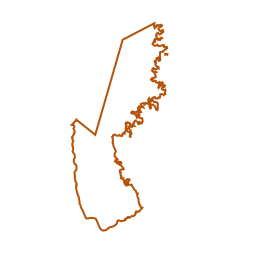 West Makira, Makira, Solomon Islands (orthographic projection), rotated 237°
{"feature_id": "97153195B7459502303210", "entity_name": "West Makira", "entity_type": "district", "adm_level": 2, "iso_a3": "SLB", "parent_name": "Solomon Islands", "parent_adm1": "Makira", "projection": "orthographic", "projection_center": [161.497, -10.428], "detail": "fine", "context": "isolated", "style": "outline", "palette": "amber", "viewbox_px": 256, "rotation_deg": 237, "n_neighbors": 0, "source": "geoboundaries", "source_scale": "gbopen_adm2", "svg_char_len": 5955}
<svg xmlns="http://www.w3.org/2000/svg" viewBox="0 0 256 256"><g transform="rotate(237 128 128)"><path d="M204.9,171.6L140.1,96.8L163.2,89.2L162.3,88.3L162.5,86.9L161.8,85.6L161.3,82.5L159.8,84.0L158.3,83.7L157.2,81.9L153.9,81.4L153.3,80.7L153.1,79.7L152.3,79.6L150.9,76.1L150.1,76.2L149.4,75.3L147.0,75.1L144.9,72.5L143.9,72.3L143.2,71.4L142.1,71.5L140.2,70.7L138.5,68.7L134.2,68.6L132.1,67.4L131.2,65.4L129.6,64.4L127.0,63.7L125.2,64.4L123.2,63.5L121.1,62.0L120.4,59.5L119.5,58.7L116.1,57.1L115.8,56.5L111.5,54.8L109.2,54.6L108.6,54.1L108.4,53.3L107.2,53.3L106.7,52.2L105.8,51.7L100.9,49.9L97.1,49.1L92.5,47.2L90.9,46.1L89.2,46.2L87.2,45.3L83.7,45.1L75.5,43.6L74.9,43.8L74.1,45.0L72.7,48.3L70.6,50.8L69.3,51.6L59.0,49.9L57.0,50.2L55.4,51.3L54.3,54.1L54.8,57.8L53.5,62.3L53.5,65.1L54.0,66.6L55.8,68.5L55.7,69.7L53.6,71.5L52.2,75.1L52.2,75.5L53.2,75.9L52.8,77.0L53.2,77.7L52.6,78.7L53.4,79.4L53.0,80.1L52.0,80.4L52.1,83.5L51.3,84.2L51.1,85.0L51.4,86.9L52.3,87.4L52.2,88.1L53.3,88.6L53.6,89.2L53.2,90.1L52.5,90.3L51.9,91.2L53.3,96.6L55.3,95.6L56.7,96.2L57.4,95.9L59.4,96.3L62.8,98.2L64.7,98.4L67.2,99.4L67.6,100.6L69.2,99.8L71.0,100.3L72.3,99.8L75.5,100.0L77.1,99.7L78.3,100.2L78.7,100.1L78.9,99.1L79.7,98.5L80.8,95.1L83.5,94.9L85.7,95.9L87.3,95.9L88.4,96.7L88.7,95.5L89.8,94.6L90.6,95.2L90.9,96.3L92.9,96.3L93.8,96.6L94.5,97.8L95.4,97.1L96.8,97.9L97.0,98.8L96.4,101.1L95.8,101.4L96.0,102.1L100.5,101.9L101.1,101.2L102.5,100.7L103.1,101.5L102.3,102.4L102.2,103.3L103.2,103.6L103.9,103.0L103.9,102.1L104.5,102.0L103.3,100.4L104.5,99.7L105.2,101.8L105.4,100.5L105.9,100.5L105.8,99.9L107.1,98.8L108.0,100.4L107.7,102.2L111.6,101.3L113.2,102.4L115.1,105.1L121.3,106.1L123.0,107.2L124.3,107.0L125.0,108.1L127.6,109.5L129.2,109.8L129.1,110.6L130.0,111.3L129.9,113.2L127.7,114.3L126.7,115.9L126.8,116.9L125.4,117.5L125.3,118.8L124.5,118.9L124.7,119.4L126.2,120.3L126.3,121.7L125.1,122.2L126.5,123.4L126.5,124.9L123.6,127.1L121.9,127.1L121.2,127.6L121.6,128.0L123.5,128.0L124.6,129.0L125.6,128.6L127.4,128.7L128.0,128.3L127.1,125.6L127.9,125.2L130.2,127.0L130.5,128.0L131.3,127.8L132.1,128.4L132.8,128.2L133.4,128.9L132.9,129.6L133.3,129.8L133.2,130.4L132.6,131.1L132.0,130.9L130.9,132.2L129.1,131.9L129.6,131.2L128.6,129.9L127.9,131.1L127.4,131.1L127.2,131.8L126.7,131.9L127.4,133.1L126.3,134.4L128.8,134.3L129.1,135.2L128.9,136.0L129.9,136.7L130.3,138.2L127.6,139.4L126.3,138.8L125.4,139.0L125.1,140.0L126.6,141.0L124.5,142.2L125.3,142.8L125.4,143.8L128.4,145.2L129.6,143.7L131.0,142.9L132.1,143.9L132.2,144.5L133.4,144.8L133.4,143.7L132.9,143.4L131.9,141.1L133.6,141.6L133.6,142.1L135.1,142.3L135.1,141.4L136.7,140.9L138.1,139.0L139.2,139.1L139.6,140.1L139.3,141.0L137.3,142.5L136.8,144.4L137.6,146.9L139.3,147.1L139.9,148.8L137.6,148.6L138.3,149.0L138.6,150.0L138.2,151.0L136.8,152.1L138.0,152.3L139.1,150.4L141.1,151.9L140.6,154.2L139.2,154.6L139.7,154.9L139.6,156.1L138.8,156.1L138.6,157.3L137.4,158.1L137.9,158.5L138.4,160.5L139.0,159.7L139.6,159.7L140.7,160.4L141.1,161.3L140.6,161.2L140.9,161.7L140.3,161.5L139.0,163.0L139.9,164.5L139.7,166.9L139.1,167.4L138.5,167.0L137.9,167.1L137.1,168.6L136.8,168.6L136.9,169.6L136.3,170.2L136.9,171.2L136.4,171.6L138.7,173.6L137.2,175.8L136.0,176.0L136.5,177.2L136.2,177.8L137.3,178.0L138.9,179.8L139.7,180.1L139.6,179.5L140.4,178.5L141.4,177.9L142.0,178.2L142.4,177.7L143.1,178.4L142.7,180.9L143.9,181.3L146.4,178.0L145.5,177.4L145.6,176.5L145.0,175.4L145.5,175.4L146.2,177.0L146.8,177.0L147.6,178.0L147.6,178.7L148.0,178.7L147.9,179.5L146.8,180.0L146.3,181.0L146.6,181.7L147.4,181.9L148.6,179.6L149.5,179.3L149.3,178.0L150.4,176.8L151.2,176.5L152.5,176.9L153.1,176.2L152.9,175.5L153.5,174.4L154.3,174.0L155.2,174.3L156.1,173.6L156.7,175.3L156.5,175.8L155.5,175.7L156.0,177.1L155.6,179.0L157.6,180.0L160.3,180.1L159.6,182.1L160.2,181.9L161.0,180.2L161.8,179.6L163.3,179.5L163.8,180.4L163.7,181.2L164.5,181.4L164.3,182.0L162.8,182.2L162.0,184.2L162.0,185.5L161.2,186.2L162.7,186.8L164.2,185.6L165.8,185.3L166.5,185.7L167.0,186.7L168.5,186.2L169.6,186.8L169.5,187.7L168.9,187.9L171.0,190.3L170.4,191.2L170.6,192.4L169.7,192.2L169.2,190.7L167.4,190.5L167.2,191.7L167.6,192.3L168.3,192.1L169.7,193.5L171.2,194.0L172.0,194.9L174.0,195.9L174.0,196.7L173.0,198.6L173.6,199.2L173.3,200.5L173.8,202.2L173.4,203.5L173.7,204.3L174.9,204.7L175.7,203.0L176.4,202.9L176.6,202.3L177.7,202.4L178.0,203.1L178.9,202.2L178.8,201.3L179.5,198.9L180.7,197.9L181.8,198.2L182.2,195.2L185.0,194.3L186.0,195.9L185.5,196.7L185.5,198.0L186.1,198.2L186.9,197.4L188.0,198.9L187.4,200.3L185.6,201.2L185.1,202.8L184.4,202.8L185.0,204.5L185.5,204.3L185.8,202.7L186.6,201.3L189.8,201.5L189.9,202.2L191.2,202.8L191.6,204.1L191.4,205.1L189.5,205.2L189.1,205.9L189.0,206.9L189.8,207.9L189.2,208.7L189.3,209.7L190.7,210.7L191.4,210.4L191.4,208.6L191.8,207.9L194.3,207.4L195.0,207.9L195.3,208.8L194.9,211.1L195.4,212.4L196.7,211.8L197.5,209.3L198.4,208.6L198.4,207.5L197.7,207.4L197.5,206.3L197.8,206.0L197.3,205.8L197.2,204.8L200.3,205.6L200.9,206.9L201.5,207.3L204.9,171.6ZM138.1,163.3L137.6,160.6L136.6,159.4L136.3,158.3L135.1,158.4L134.3,157.6L132.4,157.2L132.0,157.7L132.7,158.5L135.0,159.0L135.0,160.6L134.1,161.1L133.9,161.8L131.2,162.3L128.0,161.7L127.0,162.4L128.6,164.1L130.5,164.8L130.9,165.5L132.8,166.5L134.4,165.7L135.6,164.0L137.8,164.0L138.1,163.3ZM85.4,100.0L85.2,98.2L84.7,98.1L83.7,96.5L82.9,97.6L82.3,96.3L81.7,97.9L83.0,99.4L83.3,100.8L84.0,101.2L85.4,100.0ZM135.9,144.9L135.2,144.8L134.0,148.4L135.4,146.3L135.9,144.9ZM169.9,199.7L169.1,199.2L168.9,200.4L169.3,200.5L169.9,199.7ZM136.9,147.6L136.1,147.0L135.7,147.4L135.9,147.6L136.9,147.6ZM144.2,181.7L143.5,181.7L143.5,182.1L144.0,182.1L144.2,181.7ZM185.5,205.3L185.1,204.9L184.9,205.6L185.2,205.6L185.5,205.3ZM121.8,126.4L121.0,126.0L120.7,126.2L121.3,126.6L121.8,126.4ZM85.5,97.8L85.6,96.8L85.3,97.3L85.5,97.8ZM120.1,125.0L119.7,124.8L119.4,125.2L119.9,125.3L120.1,125.0ZM168.5,201.3L168.9,200.8L168.2,201.0L168.5,201.3Z" fill="none" stroke="#b45309" stroke-width="2"/></g></svg>